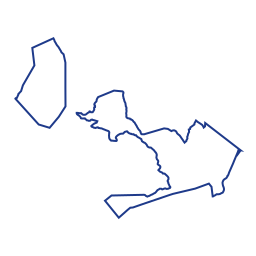 Constancia del Rosario, Oaxaca, Mexico (Robinson projection)
{"feature_id": "50627088B39624413829730", "entity_name": "Constancia del Rosario", "entity_type": "district", "adm_level": 2, "iso_a3": "MEX", "parent_name": "Mexico", "parent_adm1": "Oaxaca", "projection": "robinson", "projection_center": [-98.006, 17.064], "detail": "fine", "context": "isolated", "style": "outline", "palette": "blue", "viewbox_px": 256, "rotation_deg": 0, "n_neighbors": 0, "source": "geoboundaries", "source_scale": "gbopen_adm2", "svg_char_len": 5796}
<svg xmlns="http://www.w3.org/2000/svg" viewBox="0 0 256 256"><path d="M105.0,200.7L118.8,217.7L127.6,209.9L130.3,207.7L132.9,207.5L141.8,204.4L169.8,194.9L172.9,193.9L195.2,188.6L208.9,183.6L210.5,185.6L211.5,186.8L212.7,196.4L213.4,196.3L213.9,195.8L214.4,195.6L215.3,195.2L216.2,194.5L216.8,194.2L217.8,194.3L219.0,194.2L220.4,193.8L221.4,193.1L222.6,192.7L223.3,191.6L223.9,190.1L224.0,189.1L223.8,187.9L223.5,186.9L223.2,186.3L222.8,184.9L222.5,182.8L222.7,181.9L223.3,180.4L224.1,179.5L224.8,179.0L225.8,178.4L226.4,178.0L227.7,175.9L227.8,175.7L227.7,175.6L227.8,175.5L228.0,175.3L228.3,174.9L229.0,172.8L229.1,172.5L230.7,168.9L232.4,165.0L232.7,164.3L232.9,163.9L234.1,160.9L236.2,155.9L237.8,152.1L238.2,150.9L238.6,151.3L238.4,153.4L240.3,150.8L239.9,150.2L240.6,150.3L205.2,123.0L205.1,124.6L205.0,126.4L204.2,127.1L203.7,127.5L203.4,126.7L202.2,124.9L200.0,123.4L197.8,122.0L196.0,120.5L194.4,123.5L194.4,124.5L190.3,127.5L190.1,129.0L188.8,129.5L189.0,131.0L189.1,131.9L188.6,132.9L188.1,133.9L187.9,135.0L187.6,136.0L187.2,136.9L187.3,137.6L187.4,138.5L186.8,139.7L186.4,140.3L186.3,141.1L185.0,142.2L184.6,142.6L183.7,141.4L182.6,139.6L181.8,138.6L180.9,137.2L179.7,135.5L178.0,134.2L177.1,133.3L176.3,131.7L175.5,130.9L174.0,130.3L172.6,130.5L171.4,131.1L167.9,128.9L164.1,128.4L144.4,134.2L144.1,134.3L141.6,134.2L141.3,134.0L141.2,133.7L140.8,133.0L140.6,132.6L140.6,132.0L140.4,131.6L140.1,131.0L139.8,130.6L139.3,130.2L138.9,129.7L138.5,129.3L138.1,128.6L137.7,127.9L137.2,127.2L136.9,126.5L136.7,126.2L136.5,125.6L136.0,125.0L135.8,124.6L135.4,124.0L134.5,122.4L134.0,122.1L133.4,121.5L133.0,120.8L132.6,120.4L132.2,120.0L131.5,119.7L131.1,119.3L130.4,119.3L129.9,118.6L129.2,118.5L128.3,118.3L127.7,118.2L127.1,117.8L126.7,117.6L126.5,117.3L126.5,117.0L126.3,116.5L126.4,115.9L126.4,115.0L126.3,114.0L126.2,113.6L126.2,112.9L126.4,112.2L126.5,111.4L126.5,110.0L126.3,109.8L126.3,108.9L126.5,108.4L126.4,107.3L126.0,106.7L125.8,106.3L125.8,105.7L125.6,104.8L125.5,103.8L125.4,103.2L125.2,102.7L125.0,102.3L124.7,101.8L124.3,100.8L124.2,100.1L124.0,99.6L123.9,98.9L123.5,98.2L123.5,97.6L123.3,96.7L123.1,96.1L123.1,95.4L123.1,94.2L123.2,93.8L123.4,93.2L123.4,92.7L123.4,92.3L122.6,91.4L114.0,90.6L98.1,97.1L97.8,97.7L97.3,98.3L97.0,99.0L96.6,100.0L96.6,100.9L96.2,101.7L95.4,102.4L94.8,103.2L94.3,104.2L94.5,105.1L94.9,105.3L95.1,106.1L95.0,107.0L94.6,107.0L94.2,107.3L94.1,108.1L94.2,108.8L94.2,109.7L93.8,110.4L93.4,111.1L93.1,111.6L92.6,112.2L92.1,112.2L91.6,112.2L91.1,112.3L90.6,112.0L90.2,111.7L89.9,111.4L89.6,111.4L89.4,111.5L89.3,111.9L89.2,112.2L88.4,112.6L87.8,112.9L87.2,113.4L86.7,113.8L86.1,114.3L85.8,114.5L85.3,114.7L84.3,114.8L83.8,114.8L83.1,114.7L82.6,114.5L82.1,114.1L81.8,113.7L81.0,113.1L80.6,113.3L79.8,113.2L78.9,113.1L78.0,112.9L76.7,112.9L76.7,113.5L77.0,114.1L77.7,114.8L78.3,115.1L79.1,115.7L79.9,116.4L80.6,117.3L80.9,118.2L82.0,118.5L84.8,118.4L84.9,118.7L85.9,119.4L86.3,119.7L86.8,120.3L87.8,120.4L88.7,120.8L89.3,120.8L90.4,120.6L90.7,120.1L91.2,119.7L92.3,119.6L92.8,120.0L93.7,120.1L97.3,121.2L96.8,122.3L96.6,122.7L95.9,122.9L95.3,123.2L94.6,123.4L94.0,123.8L93.3,124.3L92.5,124.9L92.0,125.4L91.4,125.9L91.3,126.0L91.4,126.4L91.7,126.7L92.2,126.9L93.0,127.2L93.7,127.5L94.1,127.8L94.8,127.8L95.5,128.0L96.5,127.6L97.4,127.3L97.9,127.3L98.2,127.8L98.6,128.0L99.3,128.0L100.0,128.2L100.6,128.3L101.6,128.4L102.8,128.9L103.3,129.2L104.0,129.4L104.8,129.7L105.9,130.2L107.1,130.6L108.5,131.1L108.9,131.6L109.2,132.1L109.3,132.6L109.2,133.1L109.1,134.0L109.1,134.7L109.0,135.5L109.1,136.5L109.2,138.0L109.6,138.9L109.8,139.4L110.6,140.0L110.9,140.5L111.7,140.7L112.4,140.7L113.0,140.7L113.4,140.8L116.2,141.0L116.6,140.8L116.8,140.4L116.8,140.0L116.7,139.6L116.5,139.2L116.3,138.7L116.1,138.3L115.9,138.1L115.8,137.6L116.0,137.1L116.2,136.7L116.4,136.5L116.9,136.0L117.6,135.4L118.1,135.0L118.8,134.6L119.4,134.3L120.1,133.9L121.2,133.7L123.1,133.6L123.7,133.0L124.2,132.5L124.5,132.2L124.8,131.9L127.0,131.3L127.3,131.5L127.6,131.8L127.9,132.3L128.4,132.7L128.9,133.1L129.3,133.3L129.8,133.4L130.4,133.8L131.3,133.8L131.6,134.1L132.7,134.3L133.1,134.3L133.4,134.2L134.0,134.5L134.2,134.9L134.5,135.1L135.2,135.2L136.0,135.2L136.3,135.6L136.6,136.2L137.2,136.5L137.7,137.1L138.5,137.4L138.8,137.6L141.3,139.1L141.4,139.6L141.8,140.6L142.0,141.2L142.4,141.5L142.9,141.9L143.2,142.0L144.1,142.6L144.6,142.7L145.4,143.3L145.8,143.8L146.3,144.3L146.7,144.8L147.1,145.7L147.6,146.5L148.2,147.0L149.3,147.5L150.1,147.5L150.9,147.6L153.3,149.7L154.1,150.4L154.5,151.0L155.0,151.7L155.7,152.4L156.2,153.2L156.6,154.1L156.8,155.1L156.6,155.7L156.5,157.0L156.4,157.7L156.7,158.5L156.9,159.2L157.3,159.7L157.8,160.2L158.2,161.0L158.2,161.8L158.0,162.6L157.8,163.3L157.7,164.1L158.3,164.8L159.5,165.5L160.2,166.2L160.4,167.0L160.1,168.1L159.6,168.8L158.9,169.5L158.4,170.1L159.9,171.6L160.8,172.0L162.0,172.5L162.6,173.1L163.0,173.6L163.9,173.5L164.7,173.7L166.8,175.6L167.3,176.1L168.0,176.9L168.5,177.9L168.4,179.4L167.9,180.2L167.6,180.9L167.8,181.7L168.2,182.1L168.4,183.6L168.9,184.4L169.5,186.0L170.2,186.7L170.3,187.4L169.9,188.0L169.2,188.2L168.5,188.6L167.8,188.8L166.5,188.9L165.8,188.6L165.1,188.4L163.4,188.9L162.7,189.3L162.0,189.3L161.4,188.8L159.9,188.7L158.5,189.6L157.5,190.1L156.8,191.0L156.0,192.0L155.1,192.9L153.6,193.6L152.4,194.4L151.4,194.7L150.0,195.5L149.0,196.0L148.1,196.2L147.3,196.6L145.9,195.9L145.1,195.1L144.1,194.8L130.1,195.1L111.5,195.5L105.0,200.7ZM49.6,127.8L58.8,116.8L65.5,106.4L65.4,87.4L65.4,62.6L63.6,54.3L61.4,52.3L61.0,51.2L60.3,50.1L59.9,49.4L58.4,46.9L57.1,45.4L56.4,44.3L55.5,42.6L54.7,41.4L54.2,39.8L53.4,38.3L32.3,47.9L34.4,65.4L22.9,85.3L21.1,91.1L19.4,92.9L18.8,93.6L18.4,93.9L18.3,94.2L18.4,94.5L16.8,98.0L15.7,98.2L15.4,98.7L38.7,124.5L49.6,127.8Z" fill="none" stroke="#1e3a8a" stroke-width="2"/></svg>